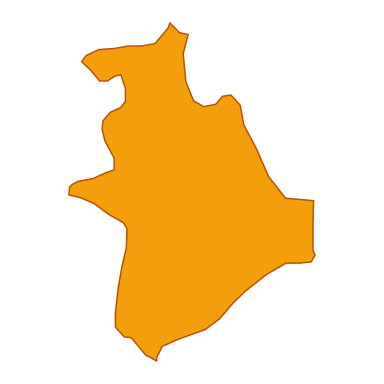 map outline of Saraj (orthographic projection)
{"feature_id": "MKD-2908", "entity_name": "Saraj", "entity_type": "Municipality", "adm_level": 1, "iso_a3": "MKD", "parent_name": "North Macedonia", "parent_adm1": "", "projection": "orthographic", "projection_center": [21.223, 41.991], "detail": "fine", "context": "isolated", "style": "filled", "palette": "amber", "viewbox_px": 384, "rotation_deg": 0, "n_neighbors": 0, "source": "natural_earth", "source_scale": "10m", "svg_char_len": 1008}
<svg xmlns="http://www.w3.org/2000/svg" viewBox="0 0 384 384"><path d="M170.0,23.0L179.4,32.7L188.2,34.5L183.2,53.6L185.8,81.4L193.5,100.8L203.7,106.6L215.7,104.3L222.4,96.3L231.0,95.1L240.3,105.4L243.8,124.9L256.5,148.9L268.5,176.4L285.5,198.2L313.6,200.7L313.0,222.7L313.0,250.4L315.1,255.1L311.2,261.9L299.5,263.1L286.1,263.1L267.2,274.0L245.6,290.9L233.1,303.0L219.7,318.7L205.3,329.5L178.3,339.2L162.2,346.4L156.8,357.3L156.5,361.0L151.4,358.0L145.7,355.1L131.3,337.8L124.1,336.8L115.4,327.1L115.4,312.6L118.3,287.6L122.0,266.3L126.3,247.9L127.0,228.6L123.4,222.8L108.4,214.2L94.0,203.5L80.4,197.7L68.9,194.9L69.0,193.3L69.6,187.1L72.5,184.2L78.2,181.4L93.4,178.4L106.2,172.6L114.1,169.8L114.1,158.2L104.9,140.8L102.1,129.2L103.0,120.8L110.3,112.3L120.9,107.5L125.4,101.5L125.4,88.2L120.9,74.9L114.8,76.1L107.5,81.0L99.5,80.9L90.6,70.1L81.6,61.7L86.1,55.6L98.6,49.6L114.8,48.4L128.2,46.0L141.6,46.0L155.0,43.6L168.1,28.0L169.9,23.2L170.0,23.0Z" fill="#f59e0b" stroke="#b45309" stroke-width="1.5"/></svg>